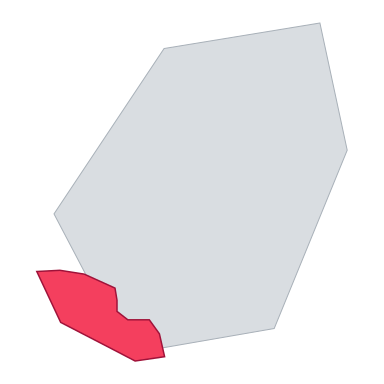 San Marino, with Chiesanuova highlighted
{"feature_id": "SMR-4891", "entity_name": "Chiesanuova", "entity_type": "state/province", "adm_level": 1, "iso_a3": "SMR", "parent_name": "San Marino", "parent_adm1": "", "projection": "orthographic", "projection_center": [12.421, 43.905], "detail": "fine", "context": "in_parent", "style": "filled", "palette": "rose", "viewbox_px": 384, "rotation_deg": 0, "n_neighbors": 0, "source": "natural_earth", "source_scale": "10m", "svg_char_len": 439}
<svg xmlns="http://www.w3.org/2000/svg" viewBox="0 0 384 384"><path d="M274.2,328.5L127.5,353.9L54.0,213.9L164.1,48.5L319.9,23.0L347.2,150.2L274.2,328.5Z" fill="#d9dde1" stroke="#a8b0b8" stroke-width="1"/><path d="M164.6,356.7L135.1,361.0L114.4,350.2L60.7,322.4L36.8,271.5L59.9,270.3L84.1,274.1L115.0,288.1L117.0,300.2L117.0,311.4L127.8,319.8L149.3,319.8L159.4,333.8L164.6,356.7Z" fill="#f43f5e" stroke="#9f1239" stroke-width="1.5"/></svg>